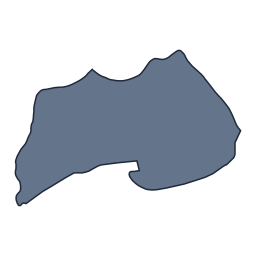 Giao Thuy, Nam Định, Vietnam (Natural Earth projection)
{"feature_id": "81297802B51483513425235", "entity_name": "Giao Thuy", "entity_type": "district", "adm_level": 2, "iso_a3": "VNM", "parent_name": "Vietnam", "parent_adm1": "Nam Định", "projection": "natural_earth1", "projection_center": [106.442, 20.247], "detail": "fine", "context": "isolated", "style": "filled", "palette": "slate", "viewbox_px": 256, "rotation_deg": 0, "n_neighbors": 0, "source": "geoboundaries", "source_scale": "gbopen_adm2", "svg_char_len": 3196}
<svg xmlns="http://www.w3.org/2000/svg" viewBox="0 0 256 256"><path d="M240.6,130.7L238.8,128.4L238.5,128.1L237.7,126.9L236.6,125.2L235.4,122.6L234.8,121.0L232.6,115.9L232.1,114.7L230.5,111.4L229.5,109.4L228.2,107.4L225.8,104.2L224.4,102.4L222.9,100.6L221.2,98.5L220.0,97.3L217.3,94.4L214.6,91.3L213.2,89.4L212.6,88.6L209.5,84.6L207.7,82.3L204.9,78.8L203.5,76.8L200.7,73.7L200.1,73.3L198.2,71.5L194.3,68.0L193.6,67.3L192.2,66.1L189.6,63.1L188.8,62.2L187.9,61.2L185.9,57.8L184.6,55.1L183.7,53.7L181.3,51.3L180.5,50.7L180.1,50.5L178.7,50.4L178.0,50.5L175.8,51.8L174.0,53.1L171.7,54.8L168.9,57.1L166.6,58.4L164.5,59.2L162.7,59.4L161.5,59.4L159.6,59.1L156.4,58.6L155.5,58.6L154.9,58.6L154.6,58.6L154.4,58.7L153.7,59.0L152.7,59.5L151.6,60.2L150.7,60.8L149.9,61.6L148.8,62.8L147.5,64.8L147.0,65.4L145.3,67.9L143.8,70.1L142.6,71.5L142.0,72.3L141.4,73.1L140.1,74.3L139.3,75.0L138.3,75.6L136.6,76.4L132.8,78.1L130.6,78.9L127.6,79.8L125.9,80.2L122.7,80.8L118.7,80.8L116.3,80.6L112.0,79.9L111.8,79.9L109.8,79.5L109.2,79.3L108.5,79.0L107.7,78.6L106.7,78.1L104.8,77.3L102.6,76.6L100.9,75.8L98.5,74.4L97.1,73.4L96.7,73.1L95.1,71.8L93.5,70.6L92.3,69.6L92.2,69.4L90.9,70.7L90.3,71.2L89.4,72.1L89.2,72.3L88.3,73.0L87.5,74.0L86.1,75.7L84.9,76.7L82.9,78.2L80.4,80.0L78.8,80.9L76.0,82.4L73.7,83.5L72.6,84.1L70.6,85.0L68.8,85.6L66.8,86.3L65.0,86.7L62.9,87.1L61.5,87.2L59.8,87.2L57.4,87.4L55.1,87.6L53.8,87.8L51.4,88.3L49.5,88.7L47.5,89.1L45.7,89.4L44.0,89.5L42.7,89.8L41.5,90.3L40.6,90.9L39.7,91.7L38.8,92.7L38.6,92.9L37.5,94.2L36.9,95.1L36.5,95.9L36.0,97.8L35.0,102.0L34.3,105.2L33.9,108.0L33.9,110.9L33.8,111.9L33.6,114.0L33.3,118.2L33.0,120.2L33.0,121.1L32.7,121.8L32.3,122.7L31.6,124.2L31.2,125.8L31.0,127.6L30.9,128.9L31.0,129.8L31.0,130.3L30.8,131.6L30.4,132.9L29.8,134.3L29.1,135.4L28.8,136.2L27.9,138.0L26.9,140.7L26.1,142.4L25.5,143.7L24.9,144.4L24.7,144.7L22.1,147.9L20.9,149.5L20.2,150.7L19.2,152.5L18.1,154.5L17.1,156.5L16.6,158.0L16.3,158.6L15.8,160.4L15.6,161.4L15.6,162.2L15.8,163.1L16.0,164.0L16.1,164.7L16.0,165.8L16.0,166.9L16.0,167.9L15.9,169.2L15.6,170.4L15.4,171.7L15.4,172.7L15.4,173.8L16.0,175.8L16.3,176.3L17.7,178.9L18.8,180.3L19.0,180.5L19.5,181.3L19.9,182.0L20.0,182.6L20.2,183.5L20.4,184.7L20.6,186.4L20.6,187.9L20.6,188.9L20.4,190.0L20.0,191.2L19.6,191.8L18.6,192.7L17.7,193.8L17.0,194.8L16.5,195.4L16.3,196.3L16.1,197.3L16.1,197.8L16.1,198.6L16.3,200.3L16.8,201.8L17.3,203.2L17.9,204.2L18.0,204.6L18.4,205.1L18.8,205.4L19.4,205.6L19.9,205.6L20.3,205.4L20.8,205.2L21.4,204.6L22.1,203.7L22.5,203.4L22.9,203.2L23.3,203.1L23.9,203.1L24.6,203.2L25.3,203.3L26.0,203.6L42.5,191.6L51.4,186.3L66.2,177.3L73.9,173.0L76.3,172.8L81.8,172.9L85.0,172.3L88.9,171.1L93.6,168.4L97.1,166.5L98.6,165.8L101.3,164.9L115.3,163.1L119.7,162.6L136.9,160.9L139.3,170.6L134.5,171.4L131.1,171.5L129.6,172.3L129.3,173.3L129.2,174.5L129.4,175.6L129.9,176.9L132.5,180.6L135.6,183.4L138.4,185.5L141.5,187.2L145.8,189.1L148.3,189.6L152.0,190.0L156.8,189.7L166.0,188.1L184.3,184.0L196.2,180.2L205.1,177.3L212.8,173.7L218.1,170.0L223.4,166.2L225.0,165.3L226.7,164.6L230.6,160.8L233.6,157.8L234.4,156.2L234.8,155.0L235.0,153.2L235.0,151.7L235.0,142.6L240.6,130.7Z" fill="#64748b" stroke="#1e293b" stroke-width="1.5"/></svg>